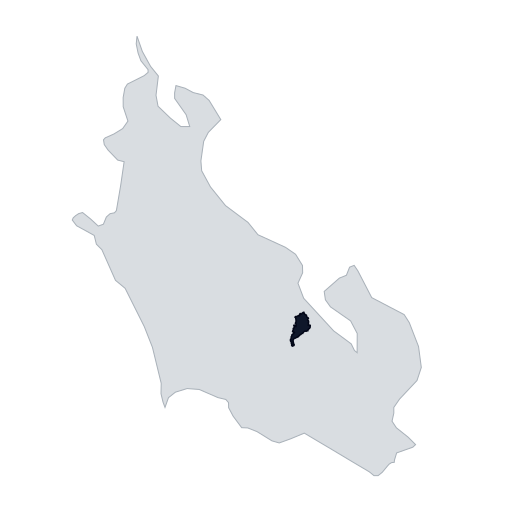 Montes de Oro, Puntarenas, Costa Rica (highlighted), rotated 189°
{"feature_id": "36466004B99490544719136", "entity_name": "Montes de Oro", "entity_type": "district", "adm_level": 2, "iso_a3": "CRI", "parent_name": "Costa Rica", "parent_adm1": "Puntarenas", "projection": "robinson", "projection_center": [-84.712, 10.146], "detail": "fine", "context": "in_parent", "style": "filled", "palette": "ink", "viewbox_px": 512, "rotation_deg": 189, "n_neighbors": 0, "source": "geoboundaries", "source_scale": "gbopen_adm2", "svg_char_len": 6106}
<svg xmlns="http://www.w3.org/2000/svg" viewBox="0 0 512 512"><g transform="rotate(189 256 256)"><path d="M443.1,262.8L442.5,265.1L440.5,267.6L437.8,270.1L434.1,271.8L425.2,266.7L416.5,260.9L411.7,263.5L409.9,271.1L406.7,275.0L402.6,276.5L401.0,279.0L400.7,304.5L401.0,328.5L407.6,329.1L418.6,337.4L423.3,342.3L424.8,346.9L423.4,349.1L415.4,354.3L407.6,361.0L403.6,369.2L410.5,382.6L412.0,391.7L411.8,401.2L409.9,405.7L394.7,416.6L391.3,420.5L391.8,423.2L400.2,430.8L404.2,438.0L407.5,446.8L407.9,454.5L400.3,440.3L389.8,426.8L380.6,418.5L379.9,399.1L376.2,388.6L362.3,378.9L350.5,372.1L341.7,373.5L347.1,384.6L361.0,398.9L361.9,404.4L361.7,411.8L352.2,410.6L343.7,407.6L333.5,406.7L326.6,402.3L312.1,385.2L322.4,370.7L325.6,361.1L325.3,341.3L323.0,331.7L311.8,317.1L294.0,301.0L269.1,287.9L257.4,277.3L228.3,269.2L217.2,263.9L208.6,253.9L207.3,246.7L210.3,235.7L202.3,221.7L167.6,194.2L148.2,184.1L144.0,178.1L141.0,176.3L143.9,195.3L152.4,206.7L174.5,217.4L180.6,223.6L183.1,231.7L170.2,247.2L163.7,251.1L161.8,259.6L157.6,262.1L153.1,257.3L135.2,233.0L100.5,221.3L94.2,214.2L81.3,192.0L75.3,171.8L77.5,158.2L91.8,137.2L96.2,128.0L95.3,122.4L95.8,114.1L90.5,108.3L77.3,100.8L68.9,94.7L71.2,91.7L86.3,83.5L87.3,76.2L87.2,73.8L89.7,73.2L91.9,71.3L93.2,69.3L97.4,62.2L101.0,58.2L105.1,57.5L110.2,60.5L129.3,68.1L150.4,76.6L180.6,88.6L193.1,80.9L203.8,75.0L211.3,75.9L227.5,82.7L237.3,84.9L243.3,84.2L253.6,94.3L259.3,101.9L260.2,106.9L263.4,109.6L271.5,110.2L291.2,115.3L303.3,114.3L314.3,108.9L320.3,102.4L322.2,92.2L325.0,97.2L328.3,105.2L329.7,115.4L344.0,149.6L355.3,168.8L380.2,203.6L391.0,210.0L409.2,238.1L415.5,242.7L419.0,251.0L437.9,257.8L443.1,262.8Z" fill="#d9dde1" stroke="#a8b0b8" stroke-width="1"/><path d="M204.4,174.4L204.5,174.5L204.7,174.3L204.7,174.1L204.8,174.1L205.0,174.1L205.3,174.3L205.3,174.6L205.4,174.8L205.1,175.1L205.1,175.3L205.2,175.8L205.3,176.0L205.5,176.1L205.7,176.4L205.7,176.7L206.0,177.1L205.9,177.5L206.0,177.6L206.3,177.9L206.3,178.0L206.4,178.5L206.2,178.6L206.0,178.8L205.9,179.3L205.9,179.7L205.9,179.8L205.9,180.0L205.5,180.4L205.4,180.4L205.3,180.5L205.2,180.7L204.9,180.9L204.7,181.0L204.3,181.0L204.1,181.1L203.9,181.3L203.7,181.6L203.4,181.8L203.2,181.9L202.7,182.1L202.6,182.3L202.4,182.4L202.4,182.7L202.2,182.7L201.8,182.7L201.6,182.9L201.5,183.2L201.4,183.5L201.2,183.8L200.8,184.0L200.8,184.3L200.7,184.4L200.5,184.7L200.4,184.8L200.2,185.0L199.9,185.2L199.7,185.2L199.6,185.3L199.2,185.8L199.1,186.1L198.9,186.3L198.7,186.4L198.5,186.7L198.4,186.8L198.0,186.9L197.9,186.9L197.9,187.0L197.7,187.3L197.4,187.6L197.3,187.9L197.0,188.5L196.9,188.7L196.8,188.8L196.6,189.0L196.3,189.2L195.9,189.3L195.8,189.5L195.7,189.5L195.2,189.6L194.9,189.5L194.6,189.5L194.4,189.7L194.3,189.8L194.2,190.2L194.0,190.3L193.7,190.5L193.4,190.4L193.3,190.2L193.2,190.2L193.2,190.3L193.1,190.5L193.2,190.8L193.2,191.0L193.0,191.3L192.8,191.5L192.8,191.8L192.7,192.0L192.5,192.4L192.4,192.4L192.2,192.5L191.9,192.7L191.8,192.9L191.7,193.0L191.7,193.3L191.6,193.6L191.4,193.9L191.4,194.1L191.4,194.6L191.5,194.8L191.5,195.0L191.5,195.6L191.6,195.9L191.6,196.0L191.8,196.1L192.0,196.0L192.0,195.8L192.1,195.7L192.3,195.6L192.5,195.6L192.8,195.7L193.1,195.9L193.2,196.0L193.6,196.0L193.6,196.3L193.7,196.5L193.8,196.5L193.6,196.6L193.3,196.7L193.3,196.8L193.6,197.1L193.6,197.3L193.6,197.5L193.7,197.9L193.9,198.1L193.9,198.5L193.7,198.8L193.6,199.0L193.8,199.3L193.8,199.5L194.0,200.0L194.1,200.3L194.4,200.5L194.5,200.5L194.5,200.4L194.8,200.5L195.0,200.6L195.0,200.8L195.0,201.0L195.0,201.4L195.0,201.5L194.9,201.8L194.8,202.1L194.7,202.4L194.5,202.5L194.6,202.8L194.7,203.0L194.9,203.1L195.4,203.3L195.6,203.4L195.9,203.5L196.1,203.6L196.4,204.0L196.5,204.3L197.0,205.5L197.3,205.6L198.0,205.7L198.3,205.8L198.6,205.9L198.8,206.0L198.9,206.5L199.1,206.7L199.4,206.7L199.6,206.9L199.7,207.1L199.8,207.4L199.8,207.7L199.8,207.8L200.2,207.8L200.3,207.8L200.3,207.4L200.9,207.3L201.0,207.1L201.1,206.9L201.4,206.8L201.4,206.7L201.5,206.6L201.8,206.2L202.0,206.0L202.1,205.8L202.1,205.7L202.3,205.6L202.6,205.6L202.8,205.8L203.1,205.9L203.2,206.1L203.3,206.1L203.5,206.0L203.5,205.9L203.4,205.7L203.6,205.4L203.7,205.1L203.7,204.7L203.6,204.3L203.5,204.2L203.5,203.9L203.8,203.8L203.9,204.0L204.1,204.0L204.4,203.8L204.5,203.7L204.7,203.8L204.8,203.6L205.1,203.5L205.2,203.3L205.4,203.3L205.7,203.0L205.9,203.0L206.3,202.7L206.6,202.5L206.9,202.4L207.0,202.3L207.3,202.4L207.5,202.4L207.7,202.2L207.8,201.9L207.8,201.6L207.6,201.6L207.3,201.2L207.1,201.0L207.1,200.9L206.9,200.7L206.9,200.3L206.9,200.0L206.5,199.6L206.5,199.4L206.5,199.2L206.4,198.6L206.4,198.4L206.3,198.1L206.3,197.8L206.3,197.6L206.1,197.4L206.1,197.1L206.2,196.8L206.5,196.4L206.4,196.2L206.4,195.9L206.5,195.4L206.0,195.2L205.9,195.0L205.8,194.9L205.8,194.6L205.7,194.2L205.5,193.9L205.5,193.7L205.5,193.4L205.5,193.2L205.6,192.8L205.6,192.7L206.2,192.8L206.5,193.1L207.0,193.4L207.2,193.5L207.4,193.7L207.6,193.7L207.8,193.4L207.7,193.2L207.3,193.0L207.2,192.9L207.2,192.7L207.3,192.3L207.3,192.1L207.2,191.8L206.9,191.4L206.9,191.2L207.0,191.1L207.3,190.8L207.7,190.6L207.8,190.3L207.9,190.0L207.9,189.7L207.6,189.4L207.5,189.2L207.6,188.9L207.6,188.6L207.7,188.4L207.7,188.2L207.9,188.1L208.0,187.4L207.9,187.4L207.9,187.1L207.7,186.9L207.3,186.6L207.2,186.6L206.5,186.6L206.3,186.6L206.1,186.6L206.0,186.4L206.7,185.4L206.8,185.3L206.8,185.2L207.1,185.0L207.2,184.8L207.3,184.7L207.5,184.5L207.7,184.3L207.8,184.2L208.1,184.0L208.2,183.8L208.2,183.0L208.2,182.9L208.2,182.5L208.3,182.0L208.4,181.9L208.6,181.7L208.6,181.3L208.4,181.0L208.4,180.9L208.4,180.4L208.4,179.9L208.5,179.7L208.6,179.4L208.9,179.1L208.6,178.8L208.5,178.7L208.6,178.3L208.6,178.1L208.8,177.8L208.8,177.7L208.2,177.0L208.1,176.8L207.9,176.7L207.7,176.5L207.6,176.2L207.4,175.8L207.4,175.6L207.4,175.3L207.4,175.0L207.2,174.8L206.9,174.5L206.9,174.4L206.9,174.2L206.8,173.8L206.8,173.3L206.6,173.1L206.4,173.0L206.3,172.9L206.1,172.9L205.9,173.0L205.8,172.9L205.8,172.7L205.7,172.7L205.5,172.8L205.4,173.0L205.2,173.2L204.6,173.5L204.4,173.9L204.4,174.3L204.4,174.4Z" fill="#0f172a" stroke="#020617" stroke-width="1.5"/></g></svg>